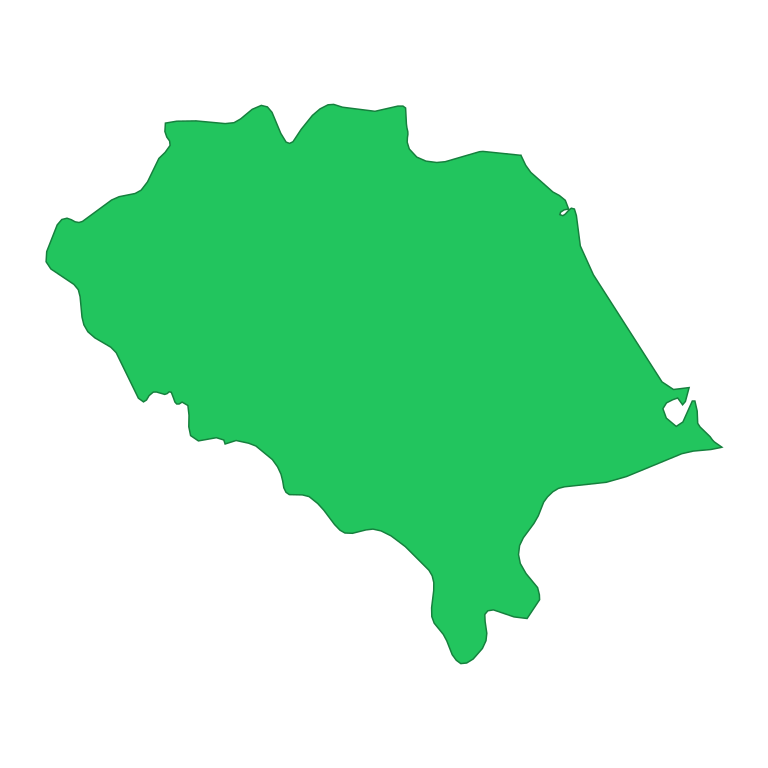 the Province of Quàng Nam
{"feature_id": "VNM-487", "entity_name": "Quàng Nam", "entity_type": "Province", "adm_level": 1, "iso_a3": "VNM", "parent_name": "Vietnam", "parent_adm1": "", "projection": "natural_earth1", "projection_center": [107.941, 15.525], "detail": "fine", "context": "isolated", "style": "filled", "palette": "green", "viewbox_px": 768, "rotation_deg": 0, "n_neighbors": 0, "source": "natural_earth", "source_scale": "10m", "svg_char_len": 2490}
<svg xmlns="http://www.w3.org/2000/svg" viewBox="0 0 768 768"><path d="M79.0,222.5L82.5,221.4L111.6,200.0L119.1,196.7L135.1,193.5L141.1,190.2L147.5,181.9L158.9,158.4L165.1,152.4L170.1,145.4L169.6,141.0L166.8,137.1L164.9,131.5L165.4,123.1L176.7,121.2L196.1,120.9L225.2,123.6L234.0,122.7L240.5,119.0L252.2,109.3L261.3,105.4L267.4,106.9L272.0,112.3L280.8,133.4L286.1,142.1L289.6,143.4L293.0,141.7L301.2,129.3L312.4,115.4L320.0,108.9L328.0,104.8L333.7,104.4L342.5,107.2L375.0,111.3L397.8,106.1L403.0,106.1L405.6,108.0L406.4,123.8L406.9,127.7L407.8,131.6L407.9,134.4L407.4,137.7L407.2,142.2L409.3,149.0L416.8,157.1L425.9,161.1L436.7,162.5L445.2,161.7L479.5,151.7L482.9,151.4L520.7,155.3L520.9,155.2L525.7,165.3L530.8,172.4L552.9,192.0L559.4,195.5L565.3,200.3L568.6,209.0L564.1,209.9L560.6,212.2L559.8,214.6L562.9,215.7L565.4,214.0L568.3,210.7L571.3,208.2L574.4,209.0L576.4,215.6L580.3,245.9L593.4,274.8L662.0,381.9L673.5,389.5L689.1,387.6L685.4,401.5L682.6,404.8L677.7,398.0L672.8,399.7L666.5,402.9L662.9,408.7L666.3,418.1L676.2,426.4L682.9,422.0L692.3,401.0L694.9,401.0L697.2,411.1L697.7,423.3L700.1,427.0L710.1,436.7L712.4,439.9L714.3,441.9L721.9,447.2L720.9,447.5L710.9,449.5L693.2,451.1L681.8,453.7L626.6,476.5L606.3,482.3L564.5,486.8L558.4,488.4L552.8,491.8L547.5,496.9L543.7,502.1L538.3,515.8L533.9,523.5L523.3,537.8L519.6,545.5L518.5,554.6L520.3,563.5L526.0,573.5L537.6,587.6L539.4,594.8L539.6,599.7L527.1,618.5L514.0,616.9L493.4,609.9L487.8,610.8L484.8,614.5L485.1,621.3L486.8,633.3L486.0,640.7L482.4,648.5L473.2,659.0L466.7,663.0L460.8,663.6L456.3,660.3L452.2,654.7L446.8,640.9L443.3,634.4L434.2,623.2L431.8,616.6L431.6,607.8L433.7,590.6L433.8,582.6L432.2,575.8L428.9,570.2L405.3,546.6L391.1,535.9L381.1,530.9L373.0,529.1L366.0,529.9L352.5,533.3L344.9,533.0L340.0,530.2L334.6,524.6L323.8,510.2L317.7,503.5L309.1,496.6L302.4,494.9L289.3,494.6L286.0,492.3L283.8,487.8L282.7,481.0L281.0,474.2L277.6,466.9L272.4,459.6L255.9,446.0L248.6,443.2L236.1,440.5L225.1,444.0L223.8,440.0L216.4,437.7L198.4,440.9L190.6,435.6L188.8,426.8L189.0,415.2L187.9,405.5L182.1,402.1L179.1,404.0L176.7,404.0L174.9,402.0L173.6,398.3L171.3,392.3L169.2,391.8L167.1,393.6L164.7,394.4L156.4,392.0L153.3,392.1L149.1,395.6L146.5,400.0L143.5,401.9L138.4,398.2L116.2,352.7L110.8,347.2L94.9,337.9L87.9,331.8L83.9,324.9L82.0,317.1L80.1,296.7L78.3,289.7L73.9,284.4L50.9,269.0L46.1,261.8L46.7,251.6L57.2,224.9L61.8,219.5L67.0,218.2L71.3,219.7L75.1,221.8L79.0,222.5Z" fill="#22c55e" stroke="#15803d" stroke-width="1.5"/></svg>